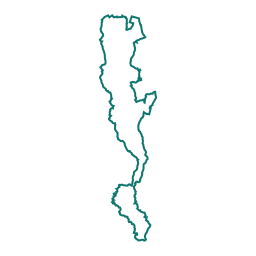 Pianu, Alba, Romania (orthographic projection)
{"feature_id": "2599482B69882929473118", "entity_name": "Pianu", "entity_type": "district", "adm_level": 2, "iso_a3": "ROU", "parent_name": "Romania", "parent_adm1": "Alba", "projection": "orthographic", "projection_center": [23.499, 45.822], "detail": "fine", "context": "isolated", "style": "outline", "palette": "teal", "viewbox_px": 256, "rotation_deg": 0, "n_neighbors": 0, "source": "geoboundaries", "source_scale": "gbopen_adm2", "svg_char_len": 5898}
<svg xmlns="http://www.w3.org/2000/svg" viewBox="0 0 256 256"><path d="M140.2,69.7L138.3,70.2L137.5,68.4L136.1,68.7L133.6,66.9L131.2,65.8L130.7,64.8L130.4,63.1L130.5,61.7L131.1,60.7L130.7,59.7L131.1,58.6L133.6,55.0L134.1,52.0L134.9,50.5L135.0,47.4L134.3,46.0L134.3,44.5L133.7,43.0L134.3,42.3L135.4,42.0L136.7,42.4L136.1,41.2L137.2,40.3L138.7,40.1L140.2,39.0L142.6,38.4L145.2,37.3L144.2,35.5L143.0,34.2L142.1,32.0L140.9,24.9L140.4,24.9L139.3,21.2L138.9,18.4L131.8,16.4L129.7,22.2L133.3,23.3L132.5,26.0L131.6,26.9L130.8,28.6L128.9,29.0L127.6,29.7L126.5,29.8L126.3,28.6L126.9,27.2L126.5,25.3L126.9,23.7L126.7,23.5L127.0,23.1L126.7,22.2L126.9,19.2L126.3,18.1L126.1,18.4L125.8,18.1L125.7,17.2L125.0,16.7L124.5,16.9L123.1,16.4L122.3,15.7L122.0,17.0L117.1,17.3L117.0,16.6L113.7,17.3L112.3,15.4L109.4,17.3L108.1,15.4L104.9,16.8L101.7,20.0L102.2,20.5L102.2,21.9L101.6,22.9L101.7,25.9L100.7,28.6L100.7,30.0L100.9,30.4L101.1,31.7L101.4,31.8L102.9,34.0L103.1,35.4L102.8,36.3L101.9,37.1L101.5,38.3L99.9,39.7L100.8,41.3L102.1,41.4L101.1,43.4L102.7,46.8L102.5,47.4L103.0,49.2L104.0,51.7L104.2,52.9L104.7,53.9L104.9,58.3L105.4,60.2L105.6,62.3L105.3,63.7L104.8,64.4L102.3,65.0L101.3,66.5L100.4,67.1L100.4,67.5L102.8,70.2L102.8,70.6L101.8,71.3L101.8,71.8L102.4,72.6L102.4,73.9L100.7,75.9L100.1,77.2L100.1,78.0L101.4,80.5L101.4,82.1L102.8,84.8L103.0,86.6L105.9,89.1L106.0,90.1L107.1,91.1L108.0,91.0L108.5,92.2L110.1,92.5L110.6,93.0L110.5,93.7L110.9,94.3L111.2,95.4L111.2,97.3L112.0,98.7L111.0,99.1L110.7,100.8L109.6,101.5L110.2,102.3L110.2,103.0L111.4,104.5L111.7,105.3L113.6,105.9L112.7,107.7L112.8,108.3L112.1,108.1L111.0,108.6L110.0,109.8L110.4,110.7L109.7,112.0L109.9,114.4L109.5,114.9L111.0,115.8L109.6,117.2L109.3,118.1L109.5,118.4L109.0,118.8L108.9,119.2L110.2,120.7L111.9,121.6L112.6,122.9L113.5,123.3L114.9,123.2L114.9,123.8L115.4,124.6L115.0,125.8L115.1,127.8L114.9,128.9L115.9,130.8L117.6,132.9L117.4,133.8L117.7,134.5L117.5,135.2L117.4,136.9L118.0,137.7L117.9,138.9L120.8,141.1L122.5,140.9L123.0,141.2L124.7,143.5L124.8,144.9L125.1,146.0L125.9,147.4L126.5,148.9L128.0,151.1L128.6,151.4L129.2,151.0L129.8,151.1L130.0,151.8L131.8,153.3L131.9,154.2L132.8,155.2L133.5,155.3L134.0,156.1L136.0,157.1L136.6,158.0L137.2,158.5L137.3,159.6L137.9,159.8L137.4,160.3L137.8,161.2L138.2,163.9L137.4,165.7L137.2,168.3L136.6,169.7L133.9,172.2L133.8,174.6L132.9,176.6L132.7,178.2L133.0,179.9L132.3,183.1L132.4,183.8L131.8,185.7L130.1,184.8L129.7,184.3L128.5,184.6L127.5,185.7L123.0,185.1L121.8,184.6L120.3,185.1L119.5,184.8L118.9,185.2L118.9,185.8L119.4,186.9L117.9,187.9L117.5,188.6L116.6,188.9L117.2,189.3L117.4,191.4L116.3,191.8L116.6,192.5L115.9,193.8L114.6,193.3L113.7,193.6L113.8,193.9L115.5,194.7L115.6,195.7L113.5,196.3L113.8,197.5L112.4,198.8L112.8,199.5L113.7,200.0L112.8,200.3L112.7,200.7L113.0,201.3L112.1,202.1L112.6,202.4L113.0,203.5L113.8,203.5L114.4,202.9L114.8,204.1L115.2,204.6L115.8,204.8L115.8,205.5L117.6,205.7L118.2,206.1L118.8,207.5L120.1,207.6L120.7,209.1L120.2,210.4L119.1,211.7L119.1,212.3L120.1,213.2L119.9,214.1L120.1,214.5L121.7,215.3L124.6,215.7L125.1,216.7L127.2,216.7L127.6,217.1L127.5,218.1L128.4,218.8L128.8,219.6L128.5,220.8L129.0,222.0L130.8,221.8L131.7,222.7L131.7,223.7L132.2,224.3L133.4,224.1L134.4,225.4L134.6,226.2L134.3,227.6L135.1,228.8L134.6,229.8L134.8,230.6L134.4,231.7L134.0,232.0L133.9,232.9L134.4,232.8L135.6,233.6L136.8,233.2L137.0,233.3L137.2,234.6L137.0,234.9L135.9,234.9L135.2,235.6L135.0,237.2L135.6,237.9L135.5,238.3L136.8,239.3L137.7,239.6L138.4,240.4L139.5,240.4L142.3,239.7L143.4,239.9L144.1,240.6L144.9,240.5L145.9,239.6L144.9,236.9L145.1,235.3L145.6,234.4L145.8,233.6L146.5,232.9L147.9,229.4L147.9,228.9L149.6,227.2L149.7,226.5L150.3,225.7L150.2,224.6L149.0,223.7L148.3,222.5L148.2,221.7L146.0,220.3L146.8,217.3L145.2,217.4L144.5,217.0L145.6,215.4L144.6,212.7L143.8,212.7L140.2,211.3L139.9,210.8L140.0,210.4L139.4,210.5L138.4,209.8L137.2,208.5L137.8,207.3L137.1,204.2L136.4,203.4L134.7,203.4L135.1,202.9L135.1,202.1L136.1,201.4L135.2,200.3L135.1,199.4L135.5,198.1L134.3,196.5L134.4,196.0L134.8,195.7L134.8,194.7L135.6,194.1L135.4,192.2L135.8,191.6L135.1,190.8L134.7,189.3L134.2,188.8L133.9,186.5L135.1,185.2L135.6,184.0L135.0,183.5L135.1,183.2L136.2,181.9L136.7,181.7L138.9,182.2L139.7,181.8L139.8,180.9L140.3,180.1L140.1,179.2L141.5,176.7L142.2,174.3L142.3,173.7L142.0,173.0L143.3,169.6L143.6,168.1L143.5,165.3L143.7,164.4L144.6,163.3L145.0,163.3L145.7,162.5L146.7,159.9L147.5,159.1L147.7,158.5L147.2,156.8L145.4,155.3L145.2,154.5L145.7,153.7L146.0,152.4L145.9,151.7L144.1,148.7L143.3,145.2L143.3,144.4L142.5,143.5L142.9,142.0L142.9,140.4L142.5,139.0L142.7,137.5L142.3,136.6L141.8,136.1L141.4,134.2L140.2,132.3L140.1,131.7L138.9,130.9L138.7,129.8L138.4,129.2L138.4,126.3L138.2,125.9L139.3,122.4L140.6,120.0L140.9,119.1L141.3,118.4L142.7,117.5L142.7,116.9L143.4,116.1L143.5,113.7L143.9,112.2L146.3,113.9L147.2,114.1L147.8,113.8L149.2,114.3L150.6,108.8L150.0,108.8L149.7,108.3L150.1,107.6L149.9,107.2L150.2,107.0L150.2,106.7L151.0,106.6L151.2,105.7L152.5,105.2L152.6,104.0L153.2,102.8L154.7,100.4L155.0,99.4L155.9,98.3L156.1,97.6L155.4,94.6L155.2,91.8L154.6,91.8L153.4,92.4L152.9,93.4L152.2,93.8L151.1,93.5L149.5,94.3L146.8,94.2L146.0,94.6L145.6,95.9L146.1,96.9L145.2,98.2L144.6,102.7L144.4,102.6L144.1,101.6L144.7,99.5L142.9,99.7L142.1,100.3L140.0,100.4L138.0,101.4L137.2,101.3L136.5,102.0L136.1,101.7L135.1,99.7L136.1,99.0L136.2,98.1L135.2,96.2L135.2,93.2L134.4,91.5L134.3,90.2L133.3,88.8L132.2,88.0L131.5,86.5L131.1,86.2L131.5,86.1L131.8,85.4L130.7,82.9L131.2,82.3L132.4,81.9L135.8,82.6L136.8,82.0L137.1,81.4L138.5,80.3L140.2,80.4L141.0,80.1L140.7,79.5L140.8,79.1L139.3,79.6L139.4,79.4L139.3,78.9L139.7,78.6L140.7,78.8L140.5,78.3L139.4,78.5L139.1,79.3L139.1,78.7L138.9,78.8L138.7,79.5L139.0,79.8L138.8,80.1L138.4,78.9L138.7,77.4L139.4,76.5L139.4,75.8L139.0,74.5L139.5,71.9L138.6,70.7L140.3,70.1L140.2,69.7Z" fill="none" stroke="#0f766e" stroke-width="2"/></svg>